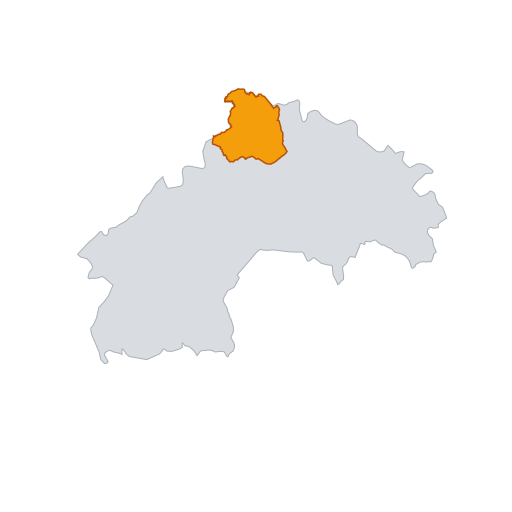 Siguiri, Siguiri, Guinea shown in context, rotated 311°
{"feature_id": "49546643B83328532988272", "entity_name": "Siguiri", "entity_type": "district", "adm_level": 2, "iso_a3": "GIN", "parent_name": "Guinea", "parent_adm1": "Siguiri", "projection": "mercator", "projection_center": [-9.454, 11.68], "detail": "fine", "context": "in_parent", "style": "filled", "palette": "amber", "viewbox_px": 512, "rotation_deg": 311, "n_neighbors": 0, "source": "geoboundaries", "source_scale": "gbopen_adm2", "svg_char_len": 9465}
<svg xmlns="http://www.w3.org/2000/svg" viewBox="0 0 512 512"><g transform="rotate(311 256 256)"><path d="M309.0,329.0L305.3,328.5L303.6,329.2L298.6,335.1L295.6,337.4L290.9,336.7L289.3,337.1L288.0,336.4L289.7,333.2L292.1,326.8L298.3,320.3L298.4,319.0L295.9,315.2L293.3,310.1L293.2,304.5L292.7,300.6L287.3,299.4L286.3,298.8L286.2,297.4L289.2,290.5L289.5,289.1L289.1,287.9L285.8,284.4L280.6,277.9L271.6,264.5L268.3,261.6L265.1,257.5L263.9,254.9L260.5,254.0L229.3,254.2L228.7,257.7L218.0,260.0L211.4,257.3L204.0,258.9L200.4,260.7L197.6,268.5L196.1,270.2L194.5,273.7L193.0,275.6L191.4,279.5L187.9,285.0L184.3,288.5L178.0,290.4L176.0,296.2L174.6,298.4L172.2,300.0L169.6,301.1L164.5,300.0L161.6,301.0L161.2,299.6L162.8,295.0L161.5,292.6L156.6,287.9L156.1,285.6L154.6,282.6L148.1,276.5L142.1,276.9L143.8,271.8L143.7,264.9L141.7,261.2L142.2,257.4L141.1,257.7L139.1,260.3L135.8,259.4L129.2,255.4L125.9,251.4L125.5,248.1L124.8,246.8L122.8,247.5L118.7,247.4L106.1,241.5L97.1,226.5L96.9,223.1L98.2,217.2L97.9,215.7L93.8,219.5L93.0,216.9L89.9,210.9L89.0,207.4L86.0,205.9L83.6,205.6L81.7,206.8L79.2,213.8L77.4,213.8L75.5,212.3L75.9,207.0L80.7,200.4L88.8,183.8L91.7,179.9L93.5,178.6L97.4,178.5L104.8,176.2L114.0,171.1L121.0,171.4L129.3,170.8L140.1,167.2L140.2,156.0L139.8,153.5L136.0,151.3L133.8,149.4L131.8,146.9L129.5,145.1L129.6,143.2L134.4,140.9L138.8,140.9L140.2,140.0L141.3,138.4L142.6,134.3L143.0,130.0L140.1,124.3L140.3,120.2L156.1,120.8L164.8,122.0L171.9,122.3L173.1,123.2L172.1,127.2L173.0,129.5L175.4,130.1L179.4,127.4L181.5,128.0L185.9,131.4L190.0,132.3L194.6,134.2L198.8,135.2L202.6,135.1L205.4,137.0L210.7,137.6L217.5,135.2L222.9,134.1L230.4,133.8L234.4,134.6L245.8,132.7L254.9,133.8L253.5,135.1L249.3,144.1L249.8,145.7L259.0,153.3L261.2,153.8L263.7,152.8L267.6,149.3L270.7,145.5L273.7,143.6L277.2,143.8L280.0,146.4L286.5,157.7L288.2,159.1L289.7,159.1L292.6,157.0L294.0,154.5L300.1,147.1L309.5,143.4L331.7,151.9L335.0,152.5L336.9,151.9L339.7,146.9L348.1,142.6L352.1,141.4L354.4,141.2L355.2,139.9L355.7,137.8L355.2,135.7L352.6,131.9L352.5,130.7L354.0,130.0L357.2,129.5L361.3,129.8L366.0,131.5L369.8,133.9L371.9,136.7L376.1,148.6L380.8,157.9L380.6,170.4L382.7,171.6L385.0,172.2L386.0,173.2L388.3,178.3L390.5,179.8L393.0,180.1L397.8,183.4L400.9,184.7L401.4,185.7L401.2,187.1L400.0,188.8L395.4,192.2L393.1,195.2L388.4,202.2L388.2,203.5L389.2,204.5L391.2,204.7L393.3,204.2L397.6,201.6L401.1,202.5L404.3,204.5L405.6,206.5L405.9,209.2L405.1,212.6L405.0,216.5L406.1,223.1L407.8,229.6L409.5,232.0L420.5,237.8L421.6,240.0L422.1,242.4L421.3,245.7L420.2,247.6L414.2,252.7L413.3,255.2L413.7,259.7L414.2,278.9L416.5,282.1L419.4,283.8L426.0,282.9L425.8,288.2L424.9,294.1L428.7,296.0L430.7,297.8L431.7,299.5L425.7,302.6L423.9,304.5L423.1,309.5L423.3,314.1L431.5,317.3L434.6,321.2L436.0,325.2L436.5,332.7L435.8,334.4L433.7,334.4L429.5,329.9L423.2,329.4L418.5,328.5L410.6,329.1L409.3,330.5L408.3,340.5L410.2,342.1L414.0,344.0L416.4,344.8L418.5,344.6L420.1,345.8L420.4,349.1L419.3,351.5L417.3,353.8L414.7,359.6L415.2,364.8L410.8,373.3L409.5,374.9L403.6,373.3L399.8,372.7L397.0,374.8L393.2,371.5L392.5,369.0L391.1,368.4L388.6,368.4L386.2,369.9L385.1,372.5L384.6,377.9L380.3,383.1L377.3,389.4L373.8,388.9L373.0,389.6L369.3,391.3L366.1,391.8L365.3,390.0L363.4,388.7L361.4,386.0L359.0,383.8L354.5,382.2L352.7,382.9L350.6,382.7L349.2,381.9L349.4,380.6L351.7,377.2L353.1,374.2L353.8,370.8L353.8,367.7L352.6,363.2L350.5,359.6L350.0,357.5L350.3,354.6L349.8,351.9L349.1,350.4L348.2,345.2L347.0,344.3L346.3,340.1L346.5,335.9L344.8,334.3L342.0,333.1L340.4,331.4L339.4,329.6L338.4,329.0L337.6,329.1L336.8,330.3L335.9,330.5L334.3,326.6L333.6,326.4L332.5,327.3L319.8,331.7L318.1,328.0L315.7,327.3L311.5,328.8L309.0,329.0Z" fill="#d9dde1" stroke="#a8b0b8" stroke-width="1"/><path d="M322.6,183.5L322.8,184.0L322.7,184.2L322.4,184.1L322.2,184.0L322.1,184.4L322.1,184.7L322.7,184.8L323.0,184.8L323.4,185.0L323.7,185.0L323.9,184.8L324.2,184.9L324.8,185.3L325.0,185.4L325.2,185.5L325.6,185.8L326.4,186.3L327.1,186.7L327.5,187.1L327.9,187.3L328.4,187.4L328.8,188.1L329.0,188.6L329.1,189.5L329.2,190.1L329.1,190.5L329.1,190.9L329.2,191.4L329.1,191.9L329.1,192.3L329.6,192.9L329.9,193.2L330.4,193.4L330.7,193.5L330.9,193.7L331.1,194.0L331.1,194.8L331.7,198.2L331.7,198.5L331.7,198.9L331.8,199.3L331.8,199.6L331.9,200.1L331.9,200.5L332.0,201.1L332.1,201.5L332.5,202.8L332.5,203.1L332.5,203.3L332.9,203.9L332.9,204.0L333.1,204.2L333.3,204.4L333.5,204.7L333.8,205.2L334.1,205.5L334.6,206.3L334.9,206.6L335.1,206.8L335.3,207.0L335.5,207.1L335.8,207.2L336.2,207.3L336.5,207.4L337.1,207.7L337.6,207.9L337.7,208.0L337.9,208.0L338.2,208.1L338.3,208.2L338.5,208.2L339.3,208.5L340.3,208.8L340.7,208.9L341.1,209.0L341.3,209.0L341.5,209.0L342.8,209.2L343.3,209.3L343.8,209.3L344.3,209.6L344.5,209.6L344.9,209.5L345.2,209.4L345.5,209.6L345.6,209.8L346.1,209.8L346.6,209.8L347.1,209.9L347.3,210.0L347.7,210.1L348.0,210.1L348.7,210.2L349.7,210.6L349.9,210.6L350.4,210.7L351.5,210.9L352.6,210.9L352.9,211.0L353.5,211.1L355.3,210.8L355.7,209.1L356.5,207.6L357.0,206.1L357.2,205.0L357.8,202.9L358.5,202.1L359.1,201.5L359.8,201.3L360.9,200.8L360.8,200.6L360.9,200.3L361.0,200.1L361.3,199.9L361.6,199.6L361.8,199.4L362.4,198.9L362.7,198.7L363.6,198.0L364.4,197.3L364.8,197.1L365.6,196.2L366.1,195.8L366.7,195.0L366.9,194.3L367.0,193.5L367.6,192.2L368.1,191.4L369.0,190.9L369.7,189.9L370.5,188.6L371.3,187.5L372.5,185.6L373.0,185.0L373.2,184.6L373.2,184.1L372.4,183.1L373.5,182.8L375.3,182.0L375.7,181.8L376.9,181.4L377.7,180.8L378.2,180.4L378.4,180.0L379.0,179.4L379.2,179.2L379.5,179.0L380.2,178.5L380.6,178.3L381.0,178.2L381.6,177.9L382.2,177.2L382.7,176.3L382.7,175.9L382.8,175.5L382.9,175.1L383.1,174.7L383.2,174.3L383.4,174.0L383.5,173.6L383.0,173.1L382.7,173.1L382.4,173.0L382.1,172.9L381.9,173.1L381.8,173.3L381.5,173.2L381.1,172.9L380.6,172.7L379.0,172.6L380.6,165.6L381.9,157.8L381.8,157.3L381.6,157.2L381.6,156.8L381.0,155.9L380.9,155.4L381.3,154.3L381.4,153.8L381.1,153.3L380.2,152.5L380.1,152.1L379.6,152.2L379.4,152.2L379.2,152.0L379.0,151.9L378.7,152.2L378.3,152.7L378.2,152.9L377.6,152.3L377.0,152.0L376.5,152.1L376.2,152.0L376.0,151.3L375.8,151.0L376.0,150.7L376.1,149.3L376.3,149.3L376.4,149.2L376.6,149.0L376.7,148.5L376.7,147.5L377.0,146.7L377.0,146.4L376.5,146.1L376.5,145.9L376.7,145.6L376.3,145.4L376.1,144.7L375.7,144.8L375.6,144.7L375.7,144.2L375.3,144.2L375.0,144.1L374.9,144.2L374.9,144.6L374.6,144.8L374.2,144.6L373.9,144.7L373.6,144.6L373.2,144.9L372.9,144.4L373.0,144.1L372.9,143.9L373.0,143.4L372.2,142.9L372.2,141.4L372.5,140.0L372.8,139.5L373.5,139.0L373.8,138.5L374.0,138.0L373.8,137.4L373.4,136.6L372.5,135.6L372.3,135.5L371.8,135.0L371.5,134.8L371.3,134.5L370.7,133.3L370.2,132.8L369.7,132.6L367.7,132.0L367.3,131.7L366.8,131.5L366.7,131.3L366.4,131.1L366.1,131.0L365.8,130.9L365.2,130.5L364.7,130.0L364.3,129.8L364.0,129.7L363.0,129.6L362.7,129.6L362.0,129.6L361.6,129.5L360.8,129.1L360.4,129.2L359.9,129.1L359.7,128.9L358.5,129.2L358.1,129.8L357.8,129.9L357.5,129.8L356.6,129.0L356.2,128.9L356.2,129.3L356.0,129.8L355.7,130.1L355.3,129.9L355.3,129.3L355.1,129.3L354.8,129.4L354.2,129.2L354.1,129.4L353.9,130.2L353.8,130.3L353.0,130.4L352.7,130.7L352.2,130.8L352.0,131.3L352.1,131.8L352.3,131.8L352.7,131.5L352.9,131.5L353.1,131.6L353.4,132.7L353.8,133.1L354.2,132.9L354.4,133.0L354.5,133.1L354.5,133.4L354.3,133.7L354.9,133.8L355.2,134.0L355.4,134.4L355.4,134.9L355.5,135.1L355.8,135.4L356.0,135.5L356.5,135.6L357.2,135.9L357.3,136.1L357.4,136.3L357.2,136.4L356.9,136.6L356.8,136.8L357.0,137.2L357.0,137.4L356.8,137.8L356.6,138.1L356.4,137.9L356.2,138.0L356.0,138.5L356.3,140.2L356.2,140.4L355.7,140.9L355.2,140.9L355.0,141.4L355.2,141.6L355.2,141.9L354.6,141.7L354.3,141.7L354.0,141.8L352.9,141.5L352.7,141.3L352.2,141.5L351.7,141.0L351.1,141.1L350.3,141.5L349.3,141.5L348.7,141.7L348.4,141.7L348.0,141.9L347.9,142.0L347.4,142.9L347.1,143.2L346.0,143.8L345.4,144.4L345.1,144.3L344.8,144.5L344.0,144.5L343.6,144.6L343.3,144.6L343.0,144.8L342.5,144.9L342.3,145.0L341.9,145.0L341.6,145.2L341.2,145.3L340.7,145.7L340.6,145.9L339.4,147.0L338.7,147.8L338.5,148.2L338.6,149.0L338.8,150.1L338.6,150.7L338.4,150.9L338.0,151.0L337.8,151.1L337.7,151.5L337.7,152.3L337.6,152.8L336.0,152.7L334.4,152.4L334.2,152.4L333.2,152.0L332.2,151.2L331.9,151.1L331.5,151.4L329.6,151.1L329.0,151.3L328.8,151.2L328.7,151.2L328.4,150.9L327.4,149.9L327.1,149.1L326.8,149.0L326.0,149.2L325.8,149.1L325.2,148.7L324.9,148.8L324.3,149.1L323.8,148.6L323.7,148.3L323.4,148.1L323.1,147.8L322.8,147.6L321.7,147.6L321.4,147.4L321.0,146.9L320.7,146.9L320.3,147.0L320.1,146.6L319.9,146.6L319.8,147.1L319.6,147.1L319.4,146.7L319.2,146.7L319.1,146.4L318.9,145.4L318.8,145.2L318.7,145.1L317.4,146.4L316.0,147.0L314.8,147.6L313.5,148.3L312.6,149.2L312.1,150.2L312.6,151.3L313.6,152.5L313.4,153.2L313.8,154.6L314.3,156.2L314.7,157.0L315.1,157.4L314.7,158.0L313.5,158.7L313.9,159.9L314.0,160.6L313.2,161.5L312.5,161.9L312.6,162.6L312.6,163.2L311.3,164.6L310.9,165.3L310.9,166.1L311.9,166.1L312.2,166.5L312.0,167.1L311.6,167.6L311.8,168.3L311.7,168.9L311.2,169.3L310.5,169.6L310.3,170.0L310.4,170.5L310.3,171.0L310.2,171.4L310.2,172.1L310.2,173.0L309.9,173.7L309.9,174.4L309.9,174.6L310.1,174.8L310.8,175.2L311.2,175.5L311.5,175.9L312.0,177.0L312.5,177.2L313.5,177.3L314.5,177.3L315.7,177.9L316.1,178.6L316.5,179.0L317.0,179.0L317.5,178.9L318.0,179.1L318.7,179.3L319.0,179.4L320.2,179.5L320.5,179.9L321.4,180.1L321.9,180.6L322.4,180.9L322.4,181.4L322.4,182.2L322.6,183.5Z" fill="#f59e0b" stroke="#b45309" stroke-width="1.5"/></g></svg>